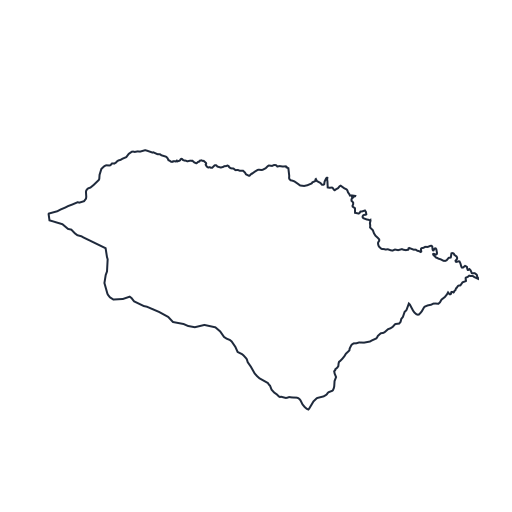 Talmaciu, Sibiu, Romania (Mercator projection), rotated 37°
{"feature_id": "2599482B75206169001308", "entity_name": "Talmaciu", "entity_type": "district", "adm_level": 2, "iso_a3": "ROU", "parent_name": "Romania", "parent_adm1": "Sibiu", "projection": "mercator", "projection_center": [23.935, 45.563], "detail": "fine", "context": "isolated", "style": "outline", "palette": "slate", "viewbox_px": 512, "rotation_deg": 37, "n_neighbors": 0, "source": "geoboundaries", "source_scale": "gbopen_adm2", "svg_char_len": 6107}
<svg xmlns="http://www.w3.org/2000/svg" viewBox="0 0 512 512"><g transform="rotate(37 256 256)"><path d="M325.8,158.5L325.7,159.1L324.4,159.2L322.4,160.2L319.0,161.2L318.0,161.0L317.3,160.2L317.2,159.6L317.2,158.8L317.7,158.0L318.8,157.0L319.0,156.3L317.3,154.7L315.6,154.1L313.8,156.7L312.7,157.6L312.8,159.4L312.5,160.3L309.1,161.9L306.3,158.3L303.5,158.4L302.9,157.9L302.5,156.3L301.6,155.0L300.5,154.6L299.2,154.5L298.4,153.7L298.0,152.7L298.3,150.8L297.2,151.1L296.9,150.8L299.2,148.6L299.1,148.3L296.0,150.0L294.7,151.2L293.4,150.5L291.2,149.8L289.4,148.6L288.2,148.3L285.8,148.8L281.3,148.9L280.8,150.0L280.7,152.5L279.8,154.4L279.3,156.1L278.4,156.2L276.3,155.5L275.5,155.6L273.6,157.3L272.0,158.1L268.2,153.5L266.7,152.0L265.9,150.6L265.6,150.7L265.4,151.0L265.3,151.8L266.0,155.3L267.3,157.7L266.9,158.6L265.7,159.4L263.6,158.9L259.5,159.5L257.5,158.5L257.4,158.9L258.2,160.4L258.1,160.8L256.7,163.2L256.8,164.5L254.5,168.5L252.3,171.1L249.4,172.8L248.4,173.2L247.1,173.1L241.8,173.3L239.5,174.0L238.1,174.7L236.3,174.4L235.5,173.8L234.3,172.0L229.0,166.4L227.0,166.9L226.7,166.4L225.9,166.4L223.6,168.4L220.7,170.0L219.2,171.7L217.6,171.4L216.4,171.9L215.5,172.7L214.6,174.4L211.8,176.0L211.3,177.3L210.9,180.1L209.4,183.2L208.5,184.1L206.3,185.4L205.5,186.3L204.3,189.3L203.3,192.6L203.1,192.6L202.8,193.4L202.5,195.8L202.0,196.2L198.8,196.8L197.0,196.0L194.3,195.7L191.7,197.7L189.8,198.2L187.9,199.8L185.4,199.7L183.5,200.9L182.5,201.2L180.7,201.1L180.1,200.7L178.8,200.9L178.0,202.2L176.6,203.4L176.3,204.4L174.7,206.5L171.4,207.8L169.7,207.5L169.0,207.9L168.4,208.5L167.9,211.9L166.8,212.7L165.6,212.9L164.6,214.1L162.9,214.2L160.9,213.4L160.7,212.3L160.1,211.8L157.0,211.5L156.0,212.2L154.9,212.4L153.7,213.8L153.9,214.7L153.1,215.8L152.8,217.3L152.5,217.9L150.4,218.4L147.9,218.2L147.5,218.7L146.8,218.9L145.7,219.9L144.2,221.7L142.3,222.2L141.5,222.8L139.9,223.3L138.8,223.0L137.9,223.3L137.6,224.0L137.8,225.2L137.3,226.4L136.6,227.2L136.3,227.8L136.0,228.0L135.3,227.6L134.9,228.9L133.6,229.5L132.8,230.2L132.9,230.7L132.7,231.0L131.6,231.8L129.2,231.9L128.5,232.2L126.7,231.2L124.8,230.8L123.9,231.0L119.8,232.5L118.2,232.5L116.0,234.0L111.6,235.0L111.1,235.7L105.8,237.4L103.8,238.2L100.6,242.4L98.5,243.7L96.5,245.9L95.1,246.5L94.1,247.4L92.9,251.0L92.9,255.1L90.8,258.7L90.0,260.7L88.6,262.5L88.0,264.3L88.0,265.4L87.2,267.5L86.4,267.9L85.3,268.8L85.1,271.1L84.5,271.9L81.8,273.7L80.9,275.3L80.6,276.5L80.1,279.5L82.2,285.3L84.4,288.7L84.7,289.9L83.6,296.9L82.6,301.0L81.3,302.9L81.0,304.1L81.0,305.8L81.6,307.1L84.9,311.0L85.7,312.5L85.7,315.7L82.8,319.7L81.2,320.4L78.2,325.6L75.9,329.2L74.5,332.1L72.0,336.4L70.4,339.8L65.0,346.8L65.1,347.3L69.6,351.8L82.3,347.1L89.6,347.5L92.6,346.1L97.8,346.9L100.8,346.9L104.8,345.3L106.7,345.1L131.2,340.3L137.6,346.5L139.5,347.9L146.3,358.0L147.4,361.6L151.2,368.8L160.1,375.6L161.5,376.2L164.2,376.9L168.3,376.6L175.6,370.4L179.6,364.5L181.9,364.5L185.9,365.6L196.5,363.5L199.3,362.2L212.3,359.0L222.6,357.5L229.4,358.7L239.1,353.9L243.8,352.8L250.0,349.7L256.3,342.1L266.5,337.4L272.8,337.8L279.2,339.9L282.2,339.7L285.7,338.8L288.0,338.9L294.2,341.0L299.1,343.7L303.9,342.8L305.9,342.9L309.5,343.6L310.8,344.0L313.3,345.8L318.5,347.5L325.6,350.6L329.0,351.3L332.3,351.6L341.9,350.3L343.9,351.0L345.2,351.1L348.9,353.4L352.7,354.1L355.9,354.0L358.9,354.4L360.0,354.2L360.7,353.3L365.1,351.5L366.0,350.7L367.4,348.7L369.9,347.3L373.8,344.6L375.3,344.1L376.8,344.1L378.4,344.5L382.4,346.5L385.6,347.3L388.4,347.5L390.2,347.1L390.3,345.9L389.4,337.5L390.1,333.2L390.4,332.5L394.5,327.4L395.5,325.0L395.8,323.9L395.7,322.6L395.9,321.2L398.1,317.6L398.2,316.9L397.7,314.8L396.9,313.0L394.0,308.6L392.8,304.5L389.6,302.6L387.8,301.0L388.0,299.6L387.5,298.8L388.1,296.2L388.0,294.4L386.5,291.9L386.0,290.4L386.4,289.2L386.8,286.0L386.9,282.7L386.6,280.0L387.3,275.9L387.3,274.9L386.6,273.8L386.3,272.6L385.8,269.8L385.9,268.8L386.6,267.0L388.6,265.4L390.4,263.0L394.4,260.2L398.5,255.7L399.3,253.8L401.7,249.4L401.7,248.1L401.4,246.5L402.0,243.4L402.2,242.6L404.0,240.7L404.6,239.3L405.5,235.0L406.9,232.8L407.8,230.4L408.1,226.9L408.5,226.2L411.0,223.8L411.1,221.6L409.9,218.8L410.0,216.3L408.3,211.1L408.7,209.1L408.6,208.3L406.7,202.0L408.1,202.2L414.3,205.1L416.5,205.8L419.1,206.0L420.4,205.6L421.3,204.8L421.6,202.7L421.7,200.5L421.1,195.8L421.3,194.8L422.9,192.1L425.2,189.5L426.3,187.3L428.0,185.9L430.4,184.4L430.8,182.3L430.4,179.2L431.5,175.1L431.6,171.7L431.3,169.5L433.2,170.0L434.0,169.9L434.4,169.3L434.4,168.7L433.7,167.4L433.8,167.0L434.5,166.5L435.7,166.3L435.8,166.0L435.5,164.6L435.8,163.2L435.2,161.5L435.5,160.2L435.3,159.4L435.4,158.2L435.8,157.5L436.9,156.5L436.8,152.7L438.7,149.7L438.3,149.0L437.2,148.2L436.6,147.1L437.7,145.2L438.1,143.4L439.5,142.8L440.5,141.9L441.8,141.4L442.7,141.5L447.0,140.6L446.5,139.9L445.4,139.6L443.9,138.3L443.2,138.1L441.1,138.1L440.4,138.5L439.6,139.4L438.6,139.8L436.0,138.3L434.3,138.0L434.1,138.4L434.0,139.3L433.5,139.7L432.2,138.9L431.1,137.8L430.3,137.8L428.9,138.1L428.3,140.6L427.5,141.3L426.5,141.0L423.7,138.9L421.8,137.9L421.2,138.1L419.6,140.1L419.0,140.3L418.2,139.7L418.3,137.2L417.5,136.2L416.5,135.7L413.6,135.7L412.6,135.1L411.7,135.2L410.9,135.6L410.5,136.3L412.3,139.6L412.4,140.1L411.0,141.5L410.8,144.7L410.1,146.0L408.6,147.0L405.5,147.5L403.1,148.4L402.1,148.4L401.0,148.9L397.1,148.4L396.5,148.1L396.3,147.7L396.6,147.3L398.5,146.7L398.9,146.5L399.2,145.6L398.8,144.7L395.9,142.1L394.9,141.8L394.4,142.1L394.2,142.7L394.4,144.7L393.9,145.0L393.2,144.6L391.1,142.4L390.1,142.2L389.2,142.9L387.7,145.4L385.6,146.9L384.8,148.7L383.6,150.0L383.4,150.7L383.7,151.4L385.3,153.0L385.1,153.7L382.9,154.1L381.8,154.7L379.8,154.8L378.0,156.1L373.5,157.4L373.2,158.1L373.8,159.0L373.8,159.4L372.1,161.2L369.9,162.3L368.4,162.7L366.0,165.8L363.1,167.2L361.8,169.5L360.3,170.3L357.2,171.3L355.7,172.8L354.0,173.5L352.4,174.6L351.4,174.8L348.7,174.5L347.6,174.0L346.1,172.8L345.4,171.7L345.2,169.6L344.4,168.6L342.4,168.2L339.2,167.9L336.6,166.9L333.8,165.1L330.0,164.6L328.7,162.7L327.2,161.2L326.2,158.9L325.8,158.5Z" fill="none" stroke="#1e293b" stroke-width="2"/></g></svg>